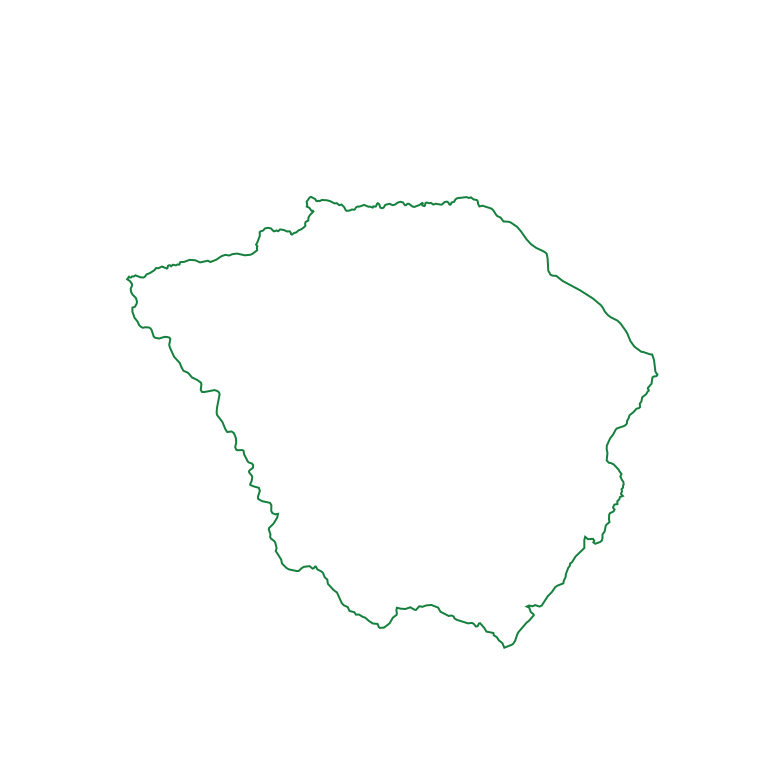 the district of Belén De Umbría, Risaralda, Colombia, rotated 127°
{"feature_id": "7082276B92483962355634", "entity_name": "Belén De Umbría", "entity_type": "district", "adm_level": 2, "iso_a3": "COL", "parent_name": "Colombia", "parent_adm1": "Risaralda", "projection": "mercator", "projection_center": [-75.868, 5.19], "detail": "fine", "context": "isolated", "style": "outline", "palette": "green", "viewbox_px": 768, "rotation_deg": 127, "n_neighbors": 0, "source": "geoboundaries", "source_scale": "gbopen_adm2", "svg_char_len": 6166}
<svg xmlns="http://www.w3.org/2000/svg" viewBox="0 0 768 768"><g transform="rotate(127 384 384)"><path d="M522.2,129.2L515.3,125.0L513.6,124.5L510.3,124.7L503.4,127.0L501.1,127.3L488.8,126.5L485.7,125.7L478.6,125.2L477.9,125.9L477.8,129.6L475.2,133.4L475.8,136.0L473.6,134.8L472.1,131.6L469.6,130.2L468.1,125.8L466.0,124.7L455.0,125.5L448.9,124.7L443.2,125.0L440.8,124.2L435.3,120.8L432.6,122.1L429.1,122.7L426.2,124.4L420.0,126.2L417.5,126.2L415.4,127.3L413.2,126.6L406.5,127.2L394.4,125.3L388.1,130.1L385.0,131.4L385.2,127.7L381.9,123.9L382.6,121.8L384.5,121.5L384.4,119.1L380.1,116.3L378.0,115.8L375.8,116.6L372.6,119.0L369.1,119.0L364.0,121.5L362.7,121.7L358.6,120.8L356.8,122.8L352.5,125.7L350.9,125.7L348.2,124.2L346.7,124.0L345.4,124.4L345.3,125.9L344.6,126.8L342.3,127.4L341.3,127.2L339.5,125.3L337.2,127.1L334.6,126.7L332.2,127.5L329.7,125.9L329.4,128.1L328.9,128.8L326.6,129.2L325.0,131.0L322.9,130.7L321.5,131.9L320.0,132.1L318.0,134.1L317.5,136.1L315.6,139.6L312.9,140.2L312.1,143.3L311.2,145.0L310.0,152.0L310.6,155.3L311.6,157.1L311.0,160.2L304.5,164.1L302.3,166.7L299.3,168.9L291.3,170.7L286.8,170.6L280.7,171.5L279.2,171.2L273.0,166.9L270.6,166.2L269.3,166.3L267.0,167.7L264.2,168.0L261.1,169.1L256.6,167.9L251.9,167.5L249.8,165.9L248.4,165.6L245.7,167.9L243.1,167.9L239.2,169.8L234.3,168.5L231.4,168.9L230.4,168.5L229.4,169.0L229.0,170.4L228.2,170.9L222.9,170.5L217.3,173.5L216.1,173.4L213.8,171.2L212.4,171.1L211.7,171.5L211.6,172.7L210.6,174.9L202.5,182.6L199.0,187.6L200.1,189.2L202.5,196.4L203.4,197.8L203.5,206.5L201.4,213.1L197.3,219.9L195.9,223.4L193.3,231.7L192.9,235.9L194.2,242.8L194.2,246.7L193.2,251.5L191.5,254.8L190.5,258.2L190.0,268.8L191.2,284.0L194.2,303.3L194.0,311.5L196.1,314.8L196.5,316.8L194.6,321.0L185.3,328.9L182.2,332.3L181.9,333.9L182.1,336.7L183.7,344.3L183.9,350.7L182.7,357.2L179.7,366.3L178.4,372.2L178.7,379.7L179.3,381.9L182.3,386.5L180.9,391.0L181.7,394.4L181.5,395.9L179.5,401.2L179.2,403.6L182.3,412.6L184.8,414.7L183.6,417.1L181.6,419.2L181.2,420.5L182.7,423.6L182.6,426.9L184.3,428.0L185.1,430.6L191.5,437.3L193.4,438.0L196.4,437.7L198.4,439.3L200.3,438.8L201.1,439.1L201.2,440.0L200.3,442.1L200.5,443.6L202.3,445.1L205.5,445.7L206.4,446.3L209.0,451.3L211.0,452.6L211.1,455.5L212.4,456.6L213.4,459.2L214.4,459.8L216.8,458.7L217.7,458.9L218.3,460.9L217.8,461.5L216.4,461.7L216.4,462.4L219.6,463.4L224.3,466.3L225.1,468.0L225.1,472.7L225.9,473.7L227.9,474.0L228.6,474.9L227.6,478.3L228.7,480.7L231.2,482.4L233.4,482.9L235.4,484.1L236.1,485.1L236.7,487.9L239.2,490.1L240.6,490.8L243.1,490.4L244.3,490.9L245.2,492.2L245.3,493.2L243.4,495.9L243.4,497.8L244.3,498.0L247.0,497.3L247.7,497.8L248.5,499.4L249.9,499.2L250.8,502.0L251.8,503.1L252.9,507.6L257.1,510.4L258.3,512.0L259.6,512.6L262.2,512.4L262.9,512.8L263.9,514.6L265.8,515.6L268.0,517.7L268.3,519.0L266.7,522.3L266.2,525.9L268.2,527.5L268.0,530.6L269.5,532.1L270.4,537.1L271.6,540.1L274.4,544.4L276.6,545.4L277.1,546.6L278.3,547.5L278.5,548.6L277.7,550.0L278.4,554.7L278.8,555.1L279.8,555.6L285.0,555.5L287.5,552.8L288.8,552.5L288.2,549.7L289.3,546.2L288.4,545.1L288.7,544.2L293.6,544.8L296.6,544.5L299.0,542.8L301.7,544.1L303.4,543.5L304.9,542.0L306.2,542.1L310.1,543.1L313.0,544.8L315.6,545.2L317.5,546.7L320.0,547.4L320.3,548.6L319.2,549.6L318.8,551.2L320.5,553.1L321.2,556.4L323.0,560.0L325.6,560.4L326.2,562.4L327.9,563.3L328.4,564.1L327.8,568.0L329.1,570.7L331.4,572.7L334.2,572.9L336.4,574.5L337.5,574.7L340.3,572.4L347.8,570.2L349.7,570.0L350.1,568.1L351.3,567.8L353.6,565.8L359.5,567.5L361.3,568.6L364.9,572.5L368.3,579.9L371.4,583.1L374.6,585.0L376.4,588.5L379.7,590.7L385.8,592.8L391.1,596.1L391.5,598.8L397.6,604.1L398.8,609.3L401.8,613.9L407.0,617.3L408.8,619.7L409.8,620.1L411.3,619.3L412.0,619.4L412.7,620.8L414.5,621.6L415.8,624.4L418.1,624.8L418.0,626.5L418.7,627.2L419.7,627.6L421.6,626.7L422.5,626.9L423.8,632.0L427.4,633.9L428.5,635.8L431.4,635.9L436.3,637.7L439.4,639.6L442.0,639.5L443.5,640.0L445.3,642.5L446.8,647.9L448.7,648.5L449.6,649.9L451.3,650.2L452.1,651.6L451.9,652.2L454.9,652.2L454.7,648.8L455.8,645.6L456.8,644.5L460.3,643.7L462.6,641.5L463.9,638.8L464.7,633.7L466.9,630.8L469.0,629.8L472.2,629.4L474.4,630.9L477.7,628.4L481.3,623.0L482.4,618.6L484.4,614.8L484.6,612.7L484.2,610.4L482.3,608.7L480.4,605.9L480.1,604.0L480.8,602.0L484.7,596.5L484.8,594.7L483.1,591.0L478.5,587.7L476.9,585.4L476.1,583.2L476.5,581.8L482.0,579.1L483.7,577.0L488.6,568.0L490.1,559.8L492.7,555.5L494.1,552.1L493.0,547.0L494.3,541.3L493.2,535.8L493.1,530.8L494.5,529.4L498.9,526.9L499.9,524.7L498.6,522.7L490.9,515.7L489.9,513.0L490.0,510.8L491.1,509.1L503.8,502.9L507.9,500.2L509.3,498.4L511.6,490.2L515.6,483.4L516.7,480.3L513.6,477.1L513.6,474.3L516.2,469.9L519.7,466.8L523.9,464.9L525.4,462.6L525.1,461.2L522.1,457.5L521.8,456.1L524.5,453.2L527.9,446.0L528.0,444.7L527.0,441.7L527.5,439.7L529.7,438.3L534.2,439.4L535.3,439.1L536.0,437.9L536.7,434.6L537.8,433.0L541.4,431.2L544.6,430.6L545.1,430.0L544.0,425.8L542.2,421.5L544.1,418.8L549.5,417.0L551.0,416.0L551.5,415.2L550.9,410.7L547.5,403.5L548.6,401.0L553.2,397.7L554.3,395.4L553.5,392.3L551.5,390.5L555.2,388.8L562.1,388.2L568.1,389.1L569.4,388.6L572.4,384.2L574.8,382.8L575.5,381.2L575.5,377.1L576.0,375.6L579.7,371.0L582.5,370.0L586.1,360.4L588.5,357.8L588.9,356.8L589.6,351.0L589.3,348.4L585.8,340.9L584.6,339.6L580.5,338.9L578.2,337.9L574.3,333.9L574.4,329.8L573.2,329.2L571.3,329.2L570.8,328.6L572.2,325.6L571.4,321.1L571.6,319.1L574.1,314.9L574.3,311.6L577.3,308.7L578.9,300.3L578.8,296.1L584.4,285.9L584.9,283.0L584.0,278.6L586.0,275.0L584.1,270.3L585.1,267.6L583.2,265.3L582.7,260.4L581.9,258.5L582.3,253.8L582.0,248.8L579.5,244.8L581.3,241.8L581.3,240.6L578.6,237.4L571.8,235.5L565.3,236.3L560.8,235.0L559.3,235.8L557.2,238.0L554.9,239.0L553.4,235.5L550.8,231.5L546.5,228.6L545.9,223.8L545.2,222.5L540.3,222.1L538.8,219.2L535.5,217.1L531.9,213.1L530.0,206.1L531.9,201.9L530.3,192.7L528.4,190.9L528.0,189.9L527.8,188.4L528.8,186.6L528.5,183.8L524.6,172.9L521.8,169.9L521.6,167.6L522.4,164.7L521.0,163.5L518.1,164.0L517.2,163.3L518.4,157.4L520.1,153.2L517.0,146.8L518.6,145.0L518.3,141.6L519.6,138.1L519.7,133.5L522.2,129.2Z" fill="none" stroke="#15803d" stroke-width="2"/></g></svg>